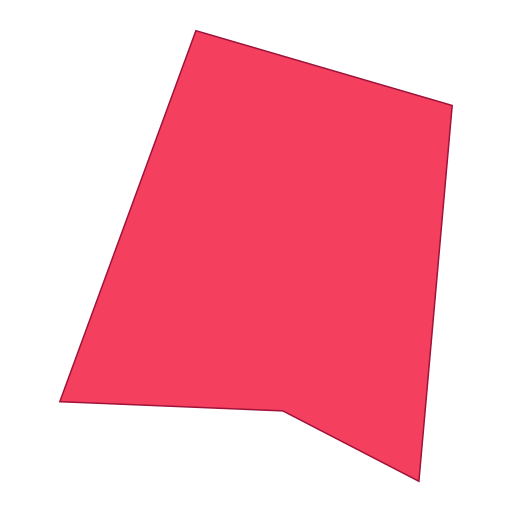 Shirin city, Tashkent, Uzbekistan (Robinson projection)
{"feature_id": "79887680B49075560647606", "entity_name": "Shirin city", "entity_type": "district", "adm_level": 2, "iso_a3": "UZB", "parent_name": "Uzbekistan", "parent_adm1": "Tashkent", "projection": "robinson", "projection_center": [69.117, 40.217], "detail": "fine", "context": "isolated", "style": "filled", "palette": "rose", "viewbox_px": 512, "rotation_deg": 0, "n_neighbors": 0, "source": "geoboundaries", "source_scale": "gbopen_adm2", "svg_char_len": 202}
<svg xmlns="http://www.w3.org/2000/svg" viewBox="0 0 512 512"><path d="M452.2,105.5L195.9,30.7L59.8,401.7L282.8,410.9L418.9,481.3L452.2,105.5Z" fill="#f43f5e" stroke="#9f1239" stroke-width="1.5"/></svg>